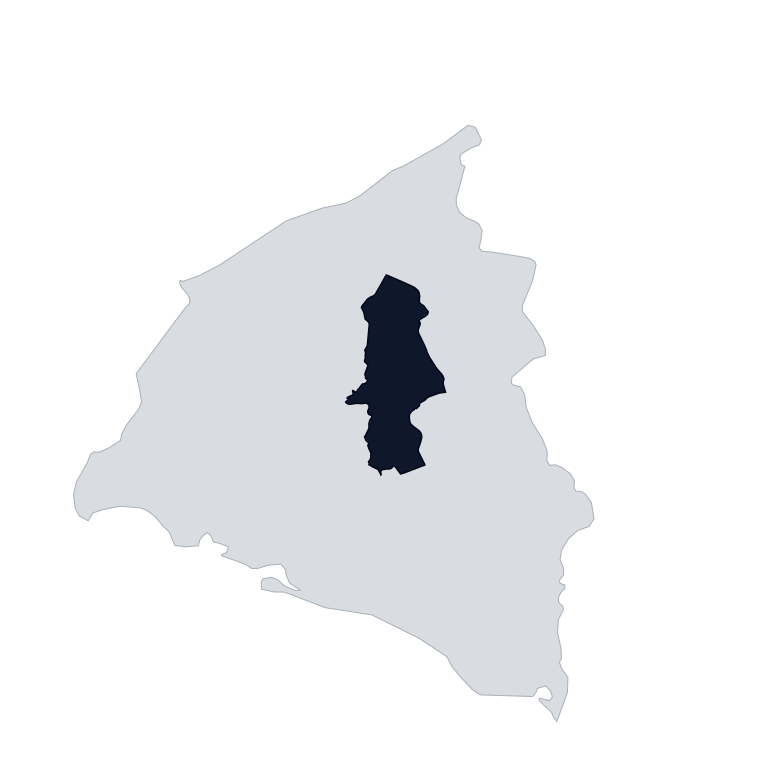 Nicaragua, with Matagalpa highlighted, rotated 107°
{"feature_id": "NIC-666", "entity_name": "Matagalpa", "entity_type": "Department", "adm_level": 1, "iso_a3": "NIC", "parent_name": "Nicaragua", "parent_adm1": "", "projection": "albers", "projection_center": [-85.323, 12.952], "detail": "fine", "context": "in_parent", "style": "filled", "palette": "ink", "viewbox_px": 768, "rotation_deg": 107, "n_neighbors": 0, "source": "natural_earth", "source_scale": "10m", "svg_char_len": 5321}
<svg xmlns="http://www.w3.org/2000/svg" viewBox="0 0 768 768"><g transform="rotate(107 384 384)"><path d="M656.2,120.0L652.9,124.6L649.2,127.6L641.6,142.5L639.0,143.9L638.4,132.9L633.8,131.5L628.5,135.4L625.5,141.1L630.3,148.4L634.4,148.5L639.4,150.5L653.2,201.1L650.4,210.2L642.2,224.4L634.3,236.5L626.5,244.0L616.9,276.1L608.4,328.2L615.1,374.9L612.1,418.1L615.0,428.3L616.0,441.0L609.4,443.4L605.7,443.0L601.8,435.2L602.2,428.4L606.1,420.3L607.6,409.4L605.7,403.7L601.9,416.1L595.1,421.8L590.7,423.7L586.4,430.0L591.1,441.8L597.1,450.5L599.1,456.7L596.9,464.1L595.7,489.3L593.6,488.6L591.4,485.2L585.2,485.0L584.5,495.2L585.0,500.9L579.7,505.3L577.8,509.7L582.2,512.8L587.0,514.6L592.9,514.2L597.9,526.6L599.5,536.8L588.2,546.3L584.4,554.0L578.0,563.5L574.5,572.8L573.5,579.4L578.0,600.5L585.9,615.4L592.5,624.8L601.3,626.8L599.3,636.8L592.7,643.2L580.8,648.5L567.6,649.6L545.9,644.7L537.1,644.2L533.7,641.5L532.6,636.6L526.4,629.3L515.0,619.5L508.5,620.2L497.8,618.1L480.1,611.4L471.9,610.6L460.2,616.4L446.6,624.0L413.6,612.2L390.5,604.0L369.8,596.5L364.2,593.7L359.7,594.3L355.7,598.2L351.2,605.1L349.7,607.0L347.3,608.9L344.7,609.5L344.6,606.2L334.4,592.5L318.3,576.0L256.6,525.2L234.1,494.9L222.0,473.0L210.5,461.6L177.4,438.3L169.8,429.0L137.1,397.8L112.1,379.4L111.8,371.7L122.2,362.1L127.3,362.6L132.7,369.6L141.6,377.5L145.8,377.6L152.0,374.0L152.2,370.3L185.8,369.1L191.9,367.1L198.0,361.4L201.2,353.5L201.8,345.8L203.1,340.3L208.5,335.0L218.4,333.4L226.0,332.9L228.3,329.3L226.0,317.7L222.1,289.3L221.3,281.4L222.7,275.5L225.8,273.4L240.7,272.1L268.8,274.6L274.3,272.8L285.7,256.8L296.2,245.0L303.7,239.7L309.6,238.1L316.4,248.6L340.1,263.7L344.1,262.8L346.5,262.0L347.2,259.8L346.8,252.9L352.8,246.6L365.1,240.9L377.5,231.0L389.9,216.7L400.7,208.2L409.9,205.7L413.3,201.8L411.2,196.5L411.9,189.0L415.5,179.2L420.8,173.6L427.8,172.0L430.5,169.0L429.1,164.4L430.4,159.3L436.7,151.0L451.7,143.8L460.2,146.2L467.4,155.8L477.5,162.2L490.5,165.6L500.6,164.3L507.8,158.3L514.3,156.5L520.1,158.8L523.1,157.5L523.4,152.5L526.4,151.3L532.0,154.0L537.0,154.7L541.4,153.3L543.1,150.9L543.9,148.3L547.2,146.4L558.4,148.3L571.1,145.3L585.0,137.5L594.3,134.1L598.8,134.9L604.3,131.0L610.7,122.4L625.2,118.4L656.2,120.0Z" fill="#d9dde1" stroke="#a8b0b8" stroke-width="1"/><path d="M399.4,411.9L400.0,408.8L400.2,408.4L399.3,407.7L397.4,407.6L395.1,406.4L391.1,405.0L390.3,404.6L389.8,403.4L388.8,402.1L387.6,401.2L386.5,400.8L385.8,400.6L384.9,401.3L384.7,401.6L384.5,402.1L384.2,402.6L383.9,403.1L383.6,403.3L383.1,403.7L382.5,403.9L381.6,404.2L381.3,404.4L381.1,404.6L380.9,404.9L380.3,405.1L379.0,405.2L371.3,404.8L370.9,404.9L370.6,405.0L370.3,405.2L370.1,405.5L368.6,408.6L368.2,409.2L367.7,409.3L367.0,409.4L364.7,409.5L364.1,409.5L363.0,410.1L360.5,410.6L359.1,410.9L357.6,412.1L357.1,412.3L356.8,412.3L356.1,411.9L354.1,411.6L352.6,411.1L331.5,415.5L329.5,416.5L327.4,421.0L321.5,424.2L320.9,424.7L317.3,428.0L315.3,427.6L307.8,424.7L306.7,423.9L305.3,422.8L303.5,420.7L301.7,419.0L299.5,418.3L279.0,413.7L280.2,402.7L281.7,390.4L282.1,387.3L282.8,382.9L284.7,378.9L285.1,378.3L286.1,377.4L288.8,375.9L290.2,375.4L293.3,374.8L294.8,374.2L295.9,373.5L296.4,372.8L296.7,372.2L297.5,369.0L302.1,362.7L302.7,362.8L304.3,362.7L305.4,363.2L307.2,364.3L309.1,366.2L313.2,369.4L314.8,367.4L315.4,367.1L316.8,366.9L321.2,367.1L322.8,366.9L324.0,366.5L326.6,364.6L333.5,358.1L339.1,353.3L340.5,352.5L345.0,348.5L353.8,338.1L356.0,334.5L357.7,331.7L359.4,329.7L362.0,328.0L364.8,328.0L367.2,327.1L373.9,322.7L376.4,328.3L382.6,336.7L385.0,339.0L386.6,339.7L387.2,340.0L387.9,340.5L391.3,343.8L391.6,343.9L391.9,344.1L392.3,344.1L392.6,344.1L393.4,344.0L394.0,343.9L394.4,343.9L394.9,344.0L395.8,344.6L397.5,345.5L398.0,345.8L398.2,346.2L398.3,347.3L398.6,347.5L400.0,347.7L400.9,348.9L404.6,350.5L405.9,350.7L409.0,349.9L412.5,348.3L413.7,347.4L414.7,346.2L416.2,343.0L417.7,338.7L418.6,336.5L420.2,334.2L423.3,332.4L427.3,332.0L435.3,332.2L437.2,332.0L438.3,331.6L449.2,321.3L449.8,321.4L450.2,321.9L450.9,323.1L463.0,338.5L465.2,341.8L460.0,348.9L459.6,349.5L459.2,350.4L459.5,350.5L459.8,350.6L460.6,351.5L460.9,351.6L461.2,351.7L461.5,351.8L461.8,352.0L462.1,352.1L462.6,352.5L463.5,353.7L463.7,354.0L464.4,356.4L466.2,360.1L466.5,360.6L466.9,361.0L467.2,361.2L467.5,361.4L467.8,361.5L468.2,361.5L468.6,361.5L468.9,361.5L469.3,361.4L470.6,360.6L470.9,360.4L471.3,360.4L471.6,360.3L471.9,360.4L471.8,360.5L471.4,360.8L470.6,361.4L470.5,361.5L467.9,364.3L467.4,365.4L466.7,369.5L466.5,371.3L466.4,371.7L465.9,373.0L465.7,374.8L465.3,374.9L464.8,374.8L464.1,375.1L462.9,376.1L462.2,376.0L461.5,375.5L459.9,375.1L458.3,375.2L456.0,375.8L454.6,376.0L452.8,377.2L450.2,379.6L447.5,381.5L445.1,381.1L444.2,383.1L443.0,385.0L442.2,385.7L440.7,386.7L440.3,387.2L438.7,386.7L431.5,385.5L430.3,385.6L427.0,386.6L425.3,387.0L423.8,387.0L422.5,386.9L420.3,386.2L419.3,386.0L418.1,386.2L417.7,386.8L417.7,388.8L417.3,389.9L415.9,391.2L414.7,391.6L413.3,391.5L411.9,391.4L410.1,391.5L409.1,392.0L408.3,392.9L407.8,393.8L407.6,395.1L407.7,396.2L408.9,398.6L409.4,400.0L410.4,404.2L413.5,411.0L413.6,412.3L413.5,413.5L413.1,414.5L412.7,415.3L411.9,415.3L411.3,414.7L410.1,414.0L409.0,413.5L408.5,414.0L408.2,415.2L407.4,415.0L403.6,410.8L402.2,410.5L400.2,411.9L399.4,411.9Z" fill="#0f172a" stroke="#020617" stroke-width="1.5"/></g></svg>